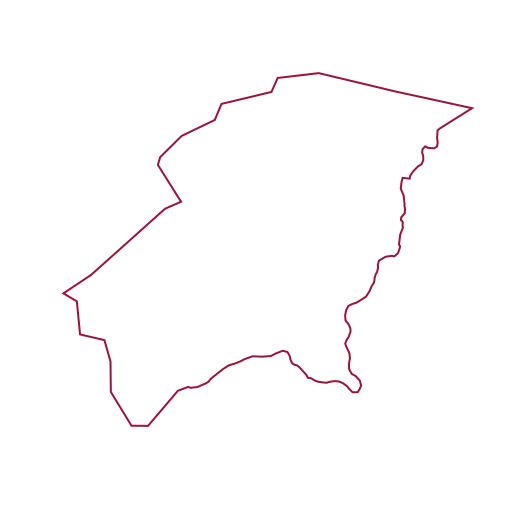 Johnson, Tennessee, United States of America, rotated 12°
{"feature_id": "52423323B99720105467999", "entity_name": "Johnson", "entity_type": "district", "adm_level": 2, "iso_a3": "USA", "parent_name": "United States of America", "parent_adm1": "Tennessee", "projection": "albers", "projection_center": [-81.77, 36.438], "detail": "fine", "context": "isolated", "style": "outline", "palette": "rose", "viewbox_px": 512, "rotation_deg": 12, "n_neighbors": 0, "source": "geoboundaries", "source_scale": "gbopen_adm2", "svg_char_len": 1883}
<svg xmlns="http://www.w3.org/2000/svg" viewBox="0 0 512 512"><g transform="rotate(12 256 256)"><path d="M185.7,444.6L198.8,420.4L207.6,404.1L216.8,398.2L219.6,398.5L226.0,396.3L232.9,391.4L235.7,388.9L237.3,385.5L247.2,373.5L252.3,368.5L257.9,365.5L262.5,362.4L266.4,359.2L273.5,354.8L282.9,353.2L291.3,350.8L295.4,347.4L301.9,343.1L306.7,343.4L309.7,346.7L311.2,350.0L313.6,353.4L316.6,354.5L319.0,354.5L321.9,356.0L329.8,361.7L332.3,364.5L335.6,364.1L337.1,364.8L339.5,365.6L342.6,366.1L348.4,365.7L351.3,365.3L355.7,363.1L359.7,361.9L363.2,361.5L367.6,362.4L371.9,364.3L375.3,367.0L378.8,369.2L383.8,368.1L385.1,364.5L385.7,360.8L383.5,356.3L378.2,352.6L374.3,351.5L371.6,348.6L370.4,346.7L369.5,342.6L369.2,340.1L369.2,336.4L367.4,331.4L363.0,325.7L361.5,323.1L362.1,319.4L363.4,316.0L364.2,310.5L363.6,307.9L362.7,306.1L360.6,303.4L357.0,300.5L355.5,295.7L355.5,290.2L356.7,285.7L360.2,282.9L364.1,280.7L372.1,272.9L374.6,266.1L375.4,261.4L376.9,257.7L376.9,255.4L376.6,252.5L376.9,249.2L377.8,246.2L377.8,241.9L377.0,239.3L377.2,235.1L383.0,229.7L389.3,227.5L390.9,227.8L392.0,226.9L394.4,223.5L395.0,217.6L394.8,216.3L393.5,215.2L392.6,205.1L393.8,197.7L393.0,195.7L392.6,192.7L391.7,191.5L390.3,190.7L390.0,188.0L390.3,187.6L392.0,184.1L392.6,183.2L392.1,180.3L392.2,179.3L390.7,176.0L390.6,174.5L390.1,173.1L389.7,171.9L388.0,166.4L383.6,160.1L383.0,153.5L383.2,149.1L390.2,148.4L390.2,145.2L392.3,140.2L395.6,135.0L398.9,131.7L399.7,127.6L398.8,123.5L397.0,120.2L396.7,116.9L398.7,113.6L402.0,114.5L407.7,113.7L410.3,111.4L410.1,107.4L408.5,102.5L407.5,95.3L409.8,92.5L436.6,66.5L357.8,66.1L279.3,64.1L240.2,77.3L237.0,92.3L190.6,114.4L187.4,131.5L158.3,154.0L141.7,179.3L141.1,187.3L171.4,218.5L157.2,228.7L98.7,308.7L75.4,332.6L90.2,337.6L100.2,369.3L125.2,369.8L135.6,389.4L142.3,419.2L169.5,447.9L185.7,444.6Z" fill="none" stroke="#9f1239" stroke-width="2"/></g></svg>